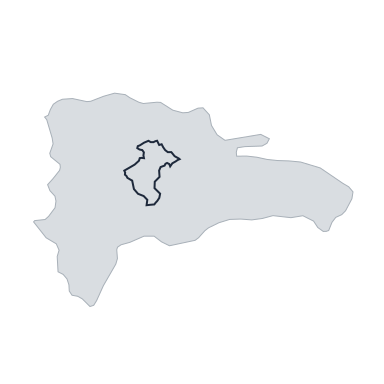 La Vega on a map of Dominican Republic (Albers equal-area conic projection), rotated 355°
{"feature_id": "DOM-1975", "entity_name": "La Vega", "entity_type": "Province", "adm_level": 1, "iso_a3": "DOM", "parent_name": "Dominican Republic", "parent_adm1": "", "projection": "albers", "projection_center": [-70.602, 19.023], "detail": "fine", "context": "in_parent", "style": "outline", "palette": "slate", "viewbox_px": 384, "rotation_deg": 355, "n_neighbors": 0, "source": "natural_earth", "source_scale": "10m", "svg_char_len": 2245}
<svg xmlns="http://www.w3.org/2000/svg" viewBox="0 0 384 384"><g transform="rotate(355 192 192)"><path d="M51.6,259.8L52.1,244.5L54.5,238.4L52.3,231.8L42.7,224.9L36.8,215.9L31.6,208.0L32.8,206.8L43.3,206.6L47.1,203.7L54.2,195.7L55.7,189.2L55.1,184.2L50.6,178.3L48.8,172.1L54.5,166.8L62.0,158.9L63.0,155.9L62.9,152.9L54.3,144.5L53.7,141.0L57.8,132.0L57.4,126.0L53.6,107.3L51.7,104.5L55.5,103.0L58.1,97.5L61.5,92.5L66.0,89.9L71.0,88.3L81.1,88.5L95.1,92.8L99.0,92.8L112.4,88.9L123.5,86.8L134.0,89.2L138.2,92.6L146.8,97.9L151.2,99.6L164.8,99.5L168.5,100.0L180.0,108.8L189.7,112.3L195.3,112.4L205.3,109.0L210.3,109.1L216.0,116.6L217.2,127.4L222.0,137.2L229.4,143.4L265.5,140.6L273.7,145.7L270.9,150.0L265.8,152.3L248.6,151.4L241.1,151.9L239.6,156.2L239.6,160.2L249.7,161.0L259.6,163.0L269.6,166.1L279.9,168.1L291.4,169.5L302.8,171.6L321.8,179.2L343.0,196.5L348.6,200.5L352.4,205.9L350.7,212.7L343.4,224.0L339.2,227.6L333.0,229.8L328.8,234.4L324.8,242.3L322.3,242.9L319.3,242.7L314.2,238.3L310.6,231.6L300.4,225.3L288.3,226.2L270.6,222.6L259.8,224.5L249.1,225.0L238.1,223.2L227.1,222.6L216.0,225.0L205.4,229.1L201.4,231.7L194.6,238.1L190.9,240.4L164.9,243.6L157.3,239.0L150.4,232.7L140.4,231.8L125.8,236.7L116.7,238.4L113.0,240.5L112.0,242.9L111.9,251.8L109.8,257.2L95.6,277.5L87.5,291.9L84.2,296.3L80.4,297.2L73.4,288.9L69.0,285.9L63.5,284.4L61.1,280.0L61.3,273.7L59.9,267.7L56.5,262.9L51.6,259.8Z" fill="#d9dde1" stroke="#a8b0b8" stroke-width="1"/><path d="M153.1,137.2L155.2,138.7L157.9,139.0L159.9,138.2L161.7,137.9L163.4,142.3L165.9,141.8L167.2,144.9L168.9,147.9L171.4,150.2L174.9,150.5L177.8,154.8L182.1,157.7L182.3,158.0L182.5,158.2L180.5,158.9L178.4,160.1L174.9,161.7L172.5,164.6L171.8,162.2L169.7,160.9L168.0,161.6L167.0,163.3L162.9,164.4L161.1,167.8L161.0,174.1L155.8,178.5L155.0,184.9L160.1,190.9L158.9,195.0L156.6,197.9L154.7,199.6L153.4,201.1L149.5,201.1L145.6,201.2L146.8,195.9L143.5,191.8L138.1,189.1L134.4,184.0L133.4,175.5L128.9,172.3L128.1,170.3L126.7,168.9L127.1,166.8L126.4,164.8L129.0,163.6L131.8,162.3L137.3,159.7L141.9,156.2L142.9,153.7L144.8,153.6L147.1,154.1L146.8,151.4L147.5,148.3L146.1,145.9L143.4,145.1L141.3,143.5L142.0,141.6L144.1,141.0L148.5,138.7L153.1,137.2Z" fill="none" stroke="#1e293b" stroke-width="2"/></g></svg>